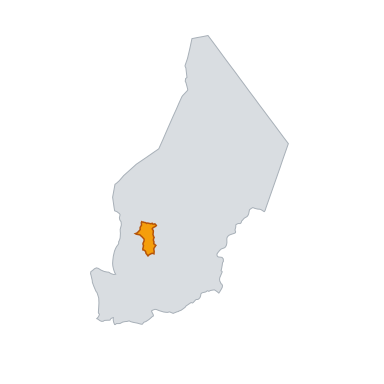 Dababa, Hadjer-Lamis, Chad shown in context, rotated 20°
{"feature_id": "50815135B80092252042653", "entity_name": "Dababa", "entity_type": "district", "adm_level": 2, "iso_a3": "TCD", "parent_name": "Chad", "parent_adm1": "Hadjer-Lamis", "projection": "equal_earth", "projection_center": [16.914, 12.314], "detail": "fine", "context": "in_parent", "style": "filled", "palette": "amber", "viewbox_px": 384, "rotation_deg": 20, "n_neighbors": 0, "source": "geoboundaries", "source_scale": "gbopen_adm2", "svg_char_len": 4714}
<svg xmlns="http://www.w3.org/2000/svg" viewBox="0 0 384 384"><g transform="rotate(20 192 192)"><path d="M266.0,113.6L266.1,122.1L266.2,130.5L266.4,139.0L266.5,147.5L266.6,156.0L266.7,164.5L266.8,173.0L266.9,181.5L267.0,184.3L266.8,185.4L266.7,185.6L266.5,185.8L263.1,185.0L261.6,185.0L259.5,185.6L256.5,185.9L254.5,185.8L253.2,187.3L252.1,189.0L252.7,193.3L252.6,194.7L252.2,196.1L251.2,197.4L250.3,198.4L249.8,199.3L249.1,201.2L248.6,202.1L248.7,203.3L248.5,204.6L248.0,205.2L246.5,205.7L245.6,206.3L244.9,207.2L244.4,207.9L244.7,208.8L245.1,210.0L245.3,211.9L245.4,213.0L246.1,213.9L246.6,214.5L246.7,215.3L246.3,216.0L244.6,217.4L243.9,217.9L243.1,218.6L242.8,218.8L241.5,220.1L240.9,221.3L240.6,222.3L240.6,223.6L241.3,225.6L242.0,227.3L242.3,228.6L242.5,230.0L242.4,231.3L242.1,232.5L241.4,233.5L239.0,235.5L237.9,237.6L237.0,240.3L236.7,241.7L237.0,242.6L237.5,243.4L238.2,243.9L239.3,244.0L241.0,243.5L242.6,243.2L244.3,244.2L245.2,246.4L244.9,248.0L245.5,250.9L246.1,254.4L246.1,255.6L246.3,256.1L247.4,256.3L247.7,257.1L247.4,263.3L247.9,265.0L248.6,266.3L249.4,266.9L250.2,267.7L250.6,268.3L251.6,268.4L252.7,269.6L253.0,271.1L252.9,272.5L252.3,275.7L251.8,277.8L251.2,277.6L249.9,277.1L248.4,276.7L246.5,276.3L244.8,277.2L242.9,278.3L242.3,279.1L241.7,279.6L240.9,279.5L240.1,279.6L239.7,280.4L239.0,281.3L236.2,283.1L235.6,283.8L235.3,284.4L235.3,285.2L235.6,286.6L235.6,288.5L235.0,290.0L234.3,290.9L233.5,291.3L232.8,291.5L232.3,292.2L230.9,295.5L230.3,296.2L229.0,296.1L225.4,301.1L225.0,302.6L223.7,304.7L222.0,307.1L220.5,308.2L220.4,308.6L219.9,309.1L219.0,309.6L215.8,312.5L211.9,312.3L210.2,313.5L208.5,314.0L206.1,314.5L205.4,314.5L202.2,314.7L198.6,314.6L197.2,315.0L195.9,316.1L194.9,317.1L194.7,317.4L194.9,317.8L194.9,318.1L197.4,320.4L198.1,321.6L197.4,322.7L197.1,322.9L196.7,323.8L195.2,326.5L192.9,329.6L191.7,330.5L191.2,331.1L190.6,333.1L190.2,333.4L188.7,333.7L185.6,333.9L181.2,334.6L178.7,334.8L177.1,334.6L174.8,336.1L174.0,336.4L173.5,336.6L171.3,338.0L169.4,340.1L168.7,340.5L166.1,341.4L165.1,342.9L164.6,343.0L162.9,341.1L161.8,339.3L161.2,337.5L161.1,336.9L160.8,337.0L159.9,337.8L159.1,338.7L158.7,340.5L156.0,341.6L153.7,342.6L152.7,343.9L151.0,344.5L149.0,344.3L147.4,343.7L145.8,343.6L146.5,342.0L146.8,340.8L146.9,339.4L146.8,338.4L145.8,338.0L145.2,337.2L143.9,332.7L142.5,328.1L140.6,323.5L138.4,320.6L136.9,318.8L136.4,318.6L135.6,318.0L135.1,317.5L132.2,314.4L129.3,311.0L128.6,309.4L127.1,307.1L125.5,304.6L124.6,303.5L124.2,301.5L125.4,299.7L126.6,297.5L128.1,296.0L130.0,295.8L133.2,296.5L136.6,296.7L140.0,296.2L140.8,295.9L141.7,295.9L143.5,296.4L146.7,296.3L148.4,295.4L146.6,293.8L144.7,291.4L142.9,288.6L141.8,286.2L140.9,283.0L140.0,279.1L139.4,274.0L139.5,271.2L139.8,269.1L140.8,265.8L140.1,263.8L140.3,262.2L140.2,259.9L139.9,258.7L138.7,254.8L138.4,254.4L137.3,251.7L136.9,247.2L135.6,244.3L133.7,242.9L132.6,241.1L132.2,238.0L131.4,237.2L128.3,236.2L125.7,236.1L123.8,232.7L121.4,228.2L119.2,224.1L117.8,215.8L117.0,211.1L118.0,209.7L119.8,206.3L122.2,199.9L127.5,190.0L130.2,184.9L135.7,177.3L142.3,168.0L146.0,162.8L146.7,153.3L147.3,143.2L147.8,135.6L148.4,126.6L149.0,119.1L149.3,113.7L149.9,105.9L150.3,104.5L152.9,98.4L153.1,97.6L152.6,96.6L149.0,91.4L147.8,90.3L147.2,87.6L148.1,86.1L143.8,77.5L142.7,76.5L142.2,75.4L142.2,73.9L142.1,68.0L141.0,58.7L139.5,47.9L144.6,44.8L148.6,42.5L153.5,39.5L158.1,42.5L164.8,46.9L171.5,51.4L178.1,55.8L184.8,60.2L191.6,64.6L198.3,69.1L205.0,73.5L211.7,78.0L218.5,82.4L225.2,86.9L232.0,91.3L238.8,95.8L245.6,100.2L252.4,104.7L259.2,109.2L266.0,113.6Z" fill="#d9dde1" stroke="#a8b0b8" stroke-width="1"/><path d="M170.0,235.7L169.1,235.1L168.6,235.0L168.0,234.6L167.6,235.0L166.3,235.6L165.5,235.0L164.6,235.5L164.3,235.9L161.2,236.3L160.4,236.6L160.1,237.0L159.5,236.8L158.5,236.7L157.1,237.0L156.5,236.9L155.9,237.2L154.9,237.1L154.9,238.4L155.4,239.3L155.9,240.6L155.5,242.1L155.4,243.1L155.7,244.0L156.2,245.0L155.6,246.6L154.7,248.6L154.1,249.6L153.0,250.5L154.1,250.7L157.7,250.1L159.8,251.0L160.4,251.2L162.9,252.5L163.3,253.1L163.7,254.4L163.6,256.1L163.5,257.0L164.0,258.2L164.7,258.8L164.8,259.4L165.0,260.3L165.2,262.2L165.7,263.2L166.3,263.0L168.0,263.3L169.0,264.1L169.7,265.3L170.1,265.6L171.1,266.2L172.5,267.1L173.1,265.7L173.8,264.9L174.7,264.0L175.5,263.2L176.6,263.1L177.4,263.1L176.8,260.9L176.0,259.4L175.5,258.6L175.5,257.9L175.9,256.1L176.3,254.5L175.6,254.4L174.9,253.9L174.1,253.9L173.6,253.4L173.5,252.5L173.2,251.7L172.6,251.1L172.1,250.3L171.9,249.1L171.9,247.5L171.3,247.3L170.6,246.2L169.8,245.2L169.7,244.6L169.3,242.8L169.0,241.8L168.5,241.2L167.9,240.9L167.2,240.2L167.6,238.9L168.8,237.5L169.5,236.8L170.0,235.7Z" fill="#f59e0b" stroke="#b45309" stroke-width="1.5"/></g></svg>